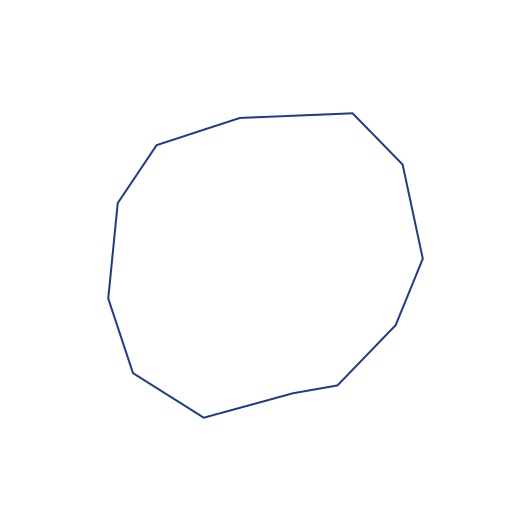 Lankaran City, Lankaran, Azerbaijan, rotated 134°
{"feature_id": "54616110B92317303093203", "entity_name": "Lankaran City", "entity_type": "district", "adm_level": 2, "iso_a3": "AZE", "parent_name": "Azerbaijan", "parent_adm1": "Lankaran", "projection": "robinson", "projection_center": [48.846, 38.741], "detail": "fine", "context": "isolated", "style": "outline", "palette": "blue", "viewbox_px": 512, "rotation_deg": 134, "n_neighbors": 0, "source": "geoboundaries", "source_scale": "gbopen_adm2", "svg_char_len": 367}
<svg xmlns="http://www.w3.org/2000/svg" viewBox="0 0 512 512"><g transform="rotate(134 256 256)"><path d="M398.4,175.2L329.1,134.1L292.5,107.5L208.7,107.5L142.1,134.1L88.4,214.0L87.4,246.3L86.3,285.7L167.9,363.5L203.3,382.3L245.3,404.5L314.0,392.2L383.6,337.2L389.2,332.8L425.7,263.1L408.6,181.2L398.4,175.2Z" fill="none" stroke="#1e3a8a" stroke-width="2"/></g></svg>